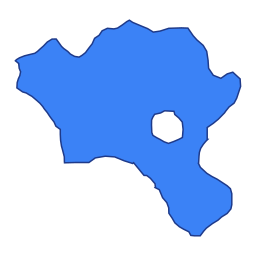 the district of Khojaly District, Xocalı, Azerbaijan
{"feature_id": "54616110B87325868620163", "entity_name": "Khojaly District", "entity_type": "district", "adm_level": 2, "iso_a3": "AZE", "parent_name": "Azerbaijan", "parent_adm1": "Xocalı", "projection": "robinson", "projection_center": [46.732, 39.84], "detail": "fine", "context": "isolated", "style": "filled", "palette": "blue", "viewbox_px": 256, "rotation_deg": 0, "n_neighbors": 0, "source": "geoboundaries", "source_scale": "gbopen_adm2", "svg_char_len": 2107}
<svg xmlns="http://www.w3.org/2000/svg" viewBox="0 0 256 256"><path d="M155.0,187.5L159.3,189.7L162.6,197.7L166.8,202.6L168.7,207.8L168.9,213.3L172.2,218.2L174.9,222.9L178.9,226.3L179.3,226.7L183.6,229.2L188.9,231.8L190.8,235.4L194.5,235.8L200.2,235.8L203.8,231.0L206.4,228.1L212.4,223.6L218.1,220.1L221.5,217.0L227.2,213.4L230.9,208.9L231.8,204.7L231.8,198.4L231.8,193.7L230.4,188.7L227.1,185.7L217.0,179.1L212.1,176.6L206.8,173.3L200.4,167.4L198.4,163.3L198.6,163.2L199.0,156.1L199.4,152.3L200.7,148.3L203.3,144.3L205.8,141.3L207.8,139.3L207.2,139.2L207.2,132.7L207.2,127.5L213.3,123.3L218.3,119.2L223.5,113.9L224.5,112.9L225.8,111.0L229.1,106.9L234.1,103.1L236.7,98.2L240.6,86.4L240.1,78.9L232.8,72.2L227.2,73.9L220.9,78.3L213.3,75.3L208.6,68.3L208.1,61.2L208.1,60.6L206.7,51.3L203.2,45.4L196.9,39.9L193.2,35.8L187.9,28.1L181.4,27.9L168.8,28.3L160.0,31.1L153.3,32.1L147.6,28.6L142.2,26.4L132.7,22.4L129.4,20.2L126.8,21.6L122.4,24.9L117.5,28.1L113.9,28.9L107.4,28.3L102.1,30.8L99.1,35.3L94.6,38.3L92.2,43.8L88.6,48.4L85.5,52.6L82.1,55.3L79.1,57.1L74.6,56.4L70.4,54.1L67.7,51.4L63.7,48.5L61.5,46.4L58.5,42.2L56.2,39.0L52.0,39.1L47.3,42.0L43.5,46.0L40.3,48.8L37.4,51.5L34.8,53.3L29.8,54.5L24.6,55.8L19.5,57.8L16.4,59.7L15.4,60.8L18.7,63.5L19.2,68.3L20.1,70.6L20.6,71.7L19.8,75.7L18.4,78.7L17.2,82.6L16.9,87.9L19.6,89.8L22.6,91.9L26.3,93.0L29.2,94.8L31.9,96.3L36.6,100.3L39.9,103.2L42.8,106.6L44.3,108.9L47.3,112.6L49.4,115.8L51.3,118.5L54.0,121.9L55.9,126.2L60.3,129.4L60.3,134.3L60.6,140.3L61.5,146.2L61.7,146.8L62.6,150.1L64.3,156.8L64.4,161.6L64.5,162.8L75.6,162.5L88.9,162.5L95.3,157.9L105.3,156.2L114.7,156.9L124.2,160.8L132.7,163.5L133.6,162.7L144.0,175.4L146.7,175.5L147.3,175.9L150.4,178.3L153.2,181.6L155.0,183.7L155.4,187.0L155.0,187.5ZM180.0,119.3L182.3,122.1L182.6,125.0L183.1,129.5L182.4,137.5L178.7,139.4L173.5,141.6L168.5,143.4L164.1,141.8L160.3,139.6L160.0,139.4L156.7,137.7L152.9,135.4L151.8,132.5L151.5,125.0L151.6,120.0L152.8,117.2L154.6,114.3L160.4,113.0L160.7,112.9L164.6,110.8L174.0,111.3L174.8,114.5L178.8,117.9L180.0,119.3Z" fill="#3b82f6" stroke="#1e3a8a" stroke-width="1.5"/></svg>